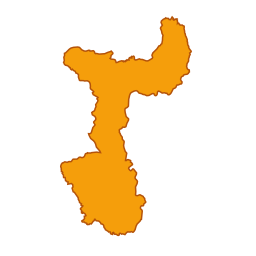 outline of Sintang, Kalimantan Barat, Indonesia, rotated 84°
{"feature_id": "22746128B74245273608062", "entity_name": "Sintang", "entity_type": "district", "adm_level": 2, "iso_a3": "IDN", "parent_name": "Indonesia", "parent_adm1": "Kalimantan Barat", "projection": "albers", "projection_center": [111.256, 0.194], "detail": "fine", "context": "isolated", "style": "filled", "palette": "amber", "viewbox_px": 256, "rotation_deg": 84, "n_neighbors": 0, "source": "geoboundaries", "source_scale": "gbopen_adm2", "svg_char_len": 5792}
<svg xmlns="http://www.w3.org/2000/svg" viewBox="0 0 256 256"><g transform="rotate(84 128 128)"><path d="M219.9,176.7L219.2,175.8L219.6,174.5L217.1,172.3L216.6,171.3L215.3,170.8L215.3,170.3L216.9,169.4L217.5,166.8L219.2,165.3L220.6,164.8L220.9,163.6L221.6,162.8L222.4,162.4L224.5,162.2L225.5,161.4L226.8,161.1L228.5,158.8L229.5,158.0L229.4,156.8L229.6,156.5L230.2,156.3L231.0,156.5L231.6,156.0L232.2,154.6L230.5,154.1L230.3,153.4L230.7,153.0L231.6,153.0L232.2,152.6L232.4,151.0L233.7,149.3L233.8,148.7L233.4,147.9L232.1,147.6L231.9,147.2L232.0,146.4L232.9,145.5L232.7,144.3L233.7,142.2L232.0,140.5L231.3,139.3L231.7,136.7L231.4,135.4L232.2,134.1L232.1,133.6L231.1,132.5L229.7,131.5L226.6,130.3L224.5,129.0L221.8,125.7L220.3,124.8L220.3,124.2L212.0,122.5L210.8,122.9L209.6,124.0L208.5,124.0L207.5,123.6L206.8,122.8L207.0,121.2L206.7,120.7L205.2,120.2L203.8,118.2L203.2,118.1L201.6,118.8L199.7,118.8L198.8,119.6L197.6,120.1L195.7,123.0L195.7,123.7L196.3,125.5L196.0,127.0L195.3,127.5L192.2,126.9L187.4,126.7L184.3,124.8L182.3,124.2L181.2,124.5L179.2,126.0L178.2,126.2L177.2,125.9L175.0,124.5L173.5,124.2L169.4,126.8L169.2,127.6L170.5,129.0L170.8,129.8L170.2,130.6L168.5,131.6L167.4,131.3L164.9,127.4L164.4,127.3L162.7,128.2L162.3,129.1L160.7,128.8L160.4,129.2L159.4,131.3L159.5,132.0L160.2,133.2L160.1,133.9L152.9,131.9L150.9,133.2L146.9,134.1L144.9,134.2L141.5,133.3L140.7,133.3L138.6,134.8L136.5,134.7L134.3,136.0L132.9,136.3L131.2,137.1L130.3,136.8L129.1,137.0L128.4,136.2L127.8,134.3L126.6,133.3L126.9,131.1L126.4,129.9L123.4,128.7L120.1,126.6L118.9,126.5L116.5,128.6L112.2,129.2L109.6,129.2L108.3,128.7L107.4,126.5L106.3,125.3L99.5,124.3L95.4,122.9L93.6,121.8L92.7,120.2L91.9,117.9L91.7,116.0L92.4,114.7L94.4,113.4L95.3,110.9L96.3,109.4L96.5,108.1L97.8,106.0L97.8,103.8L96.4,100.4L96.3,99.4L96.7,98.6L98.0,98.2L98.7,97.5L98.6,96.4L98.2,96.0L97.5,95.5L95.4,94.9L94.8,94.5L94.5,93.7L95.2,92.4L96.8,90.4L96.8,87.9L97.5,86.5L97.5,85.7L99.0,84.8L99.3,83.8L98.6,82.4L97.6,81.4L93.7,78.9L93.3,77.3L92.6,76.2L90.5,75.0L90.4,73.3L89.7,71.3L89.8,70.5L89.4,69.9L87.9,69.4L86.3,70.4L84.9,70.6L83.0,69.7L82.4,68.9L82.0,67.6L81.2,67.2L80.8,66.0L80.7,63.6L80.0,62.3L79.1,61.8L78.7,61.1L76.7,61.0L76.2,62.1L75.1,62.9L72.7,63.3L71.5,62.8L70.4,62.7L67.8,60.8L65.4,60.5L63.6,59.6L62.8,59.5L61.5,58.5L59.9,58.9L59.3,57.7L58.3,57.1L55.5,58.8L54.3,59.2L53.0,59.1L52.1,59.7L50.9,59.9L48.8,59.8L48.3,60.1L46.2,59.9L43.2,60.7L42.6,61.1L40.1,61.3L39.5,61.7L37.5,61.6L34.9,61.9L33.4,61.5L32.5,61.6L31.9,62.8L31.3,63.2L31.1,65.3L30.8,65.7L30.1,65.9L29.5,66.7L29.0,66.7L28.7,67.6L28.9,67.8L27.7,67.6L26.5,67.8L25.8,67.6L25.3,68.3L24.7,67.9L24.5,68.9L25.1,70.1L25.0,70.5L25.4,70.8L25.3,71.5L24.5,71.9L23.9,71.3L22.2,72.5L24.7,74.4L24.4,75.8L23.3,76.3L23.0,77.9L22.8,78.2L23.0,78.9L22.5,79.1L23.1,80.0L23.5,81.4L25.1,83.6L26.5,84.1L29.4,83.1L31.5,85.0L32.3,85.3L35.0,84.5L37.5,84.3L39.5,83.5L41.3,84.1L44.6,84.6L47.8,85.6L48.2,86.5L49.4,87.3L49.6,88.7L52.3,90.9L55.9,95.4L58.1,96.6L60.3,96.1L61.3,96.6L63.2,100.8L63.3,101.8L63.1,103.0L61.4,106.4L61.1,108.3L60.4,109.5L61.1,112.3L61.1,113.6L60.5,114.4L58.1,114.3L57.4,114.6L57.1,115.0L57.5,116.4L57.9,116.8L57.6,117.0L57.9,117.1L57.9,117.4L58.3,117.2L58.1,117.8L58.6,117.7L58.3,119.1L58.7,119.2L58.7,119.5L59.5,119.8L59.6,120.1L60.4,120.0L60.2,120.5L60.4,121.3L60.1,121.8L60.6,122.1L60.4,122.3L60.8,122.7L60.5,122.7L60.8,123.5L60.6,123.8L61.1,123.5L61.2,124.3L61.2,123.7L61.6,123.9L61.3,124.7L61.5,125.0L61.0,125.0L60.8,125.8L61.1,126.3L60.7,126.6L60.5,127.2L60.9,129.8L61.6,131.6L61.7,132.9L59.6,133.4L58.8,133.8L58.3,134.8L57.7,137.6L56.9,138.6L55.9,137.7L54.0,137.2L52.5,135.3L51.6,135.3L49.7,136.7L50.2,137.5L50.6,139.9L51.7,143.4L51.5,149.0L50.6,151.4L50.7,152.4L50.1,153.1L48.7,153.4L47.7,154.1L47.5,154.5L47.6,156.7L47.4,157.9L46.8,158.0L46.6,159.0L47.2,161.8L46.8,163.6L45.4,165.8L42.8,167.8L42.2,169.5L42.1,173.9L42.6,176.6L43.6,178.3L46.7,182.1L47.1,183.4L49.3,183.5L50.9,184.4L54.2,184.3L55.5,184.8L55.9,185.2L58.1,184.5L59.0,183.6L59.7,181.6L61.0,180.2L61.7,180.0L61.9,179.2L63.2,179.0L64.0,178.4L64.3,177.9L63.7,177.2L65.1,176.2L66.1,174.6L68.0,174.0L68.2,173.2L69.1,172.2L69.8,171.7L72.2,172.0L75.4,171.3L75.8,170.8L76.2,167.5L76.7,166.2L76.8,163.5L78.1,161.7L79.9,161.0L82.5,161.0L83.9,161.3L85.1,161.2L88.1,158.3L88.6,158.5L89.3,159.7L91.2,159.1L94.2,154.9L94.6,154.6L95.5,155.8L96.0,155.8L96.7,155.2L97.6,155.0L98.8,155.6L101.4,157.7L103.4,157.6L105.3,158.7L106.4,159.0L107.7,160.1L108.1,161.3L108.8,162.4L111.1,162.1L113.0,159.7L114.8,159.0L116.3,159.2L118.4,161.5L119.1,161.5L121.2,160.5L121.7,160.6L123.9,162.9L128.6,164.9L129.3,165.5L129.7,166.5L129.5,167.8L131.1,167.5L134.5,166.2L137.1,163.6L138.6,162.6L140.6,161.9L143.7,161.4L148.0,158.4L149.6,157.9L148.7,161.8L148.7,166.9L149.0,167.7L148.7,170.2L148.4,170.8L149.0,171.2L148.8,171.8L149.2,173.0L151.6,174.3L152.4,175.3L152.7,176.8L152.0,178.5L152.0,179.6L153.4,181.5L153.6,182.2L153.3,185.5L153.4,186.1L155.2,187.7L155.5,188.2L155.2,190.2L155.8,192.2L155.2,193.8L155.1,194.8L155.7,195.6L155.9,196.9L156.2,196.9L156.9,198.0L158.9,198.9L159.9,198.9L161.0,198.5L161.8,198.8L162.3,198.6L164.4,198.8L164.6,198.1L165.3,197.6L166.3,198.2L167.8,197.2L170.5,197.2L170.7,195.7L173.9,195.6L174.4,194.7L175.2,194.2L175.4,193.2L177.6,193.7L177.3,190.1L178.6,188.9L180.8,188.9L181.3,189.2L181.9,189.9L185.7,189.2L186.4,188.0L192.2,184.8L193.7,184.9L195.9,184.0L197.0,184.0L198.6,182.2L199.5,182.8L200.0,182.7L200.7,181.1L201.2,181.3L202.5,183.0L203.5,183.8L205.4,182.7L206.3,183.0L206.8,182.0L207.0,182.1L207.1,183.0L207.5,183.1L208.1,182.2L207.7,181.1L209.0,179.6L210.7,179.0L211.0,179.2L211.2,180.7L213.5,180.7L214.7,181.8L215.5,183.6L216.3,183.6L216.8,182.9L217.0,181.1L217.8,180.6L218.4,179.1L218.6,178.9L219.4,179.0L219.8,178.5L219.9,176.7Z" fill="#f59e0b" stroke="#b45309" stroke-width="1.5"/></g></svg>